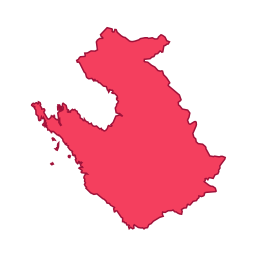 map outline of Liaoning (orthographic projection), rotated 83°
{"feature_id": "CHN-1813", "entity_name": "Liaoning", "entity_type": "Province", "adm_level": 1, "iso_a3": "CHN", "parent_name": "China", "parent_adm1": "", "projection": "orthographic", "projection_center": [122.279, 41.097], "detail": "fine", "context": "isolated", "style": "filled", "palette": "rose", "viewbox_px": 256, "rotation_deg": 83, "n_neighbors": 0, "source": "natural_earth", "source_scale": "10m", "svg_char_len": 5905}
<svg xmlns="http://www.w3.org/2000/svg" viewBox="0 0 256 256"><g transform="rotate(83 128 128)"><path d="M228.6,135.6L226.9,137.5L228.1,139.1L226.0,139.5L224.8,138.6L224.5,138.9L224.1,141.0L221.9,141.6L221.5,143.1L220.5,143.4L220.3,144.8L216.8,144.3L215.7,145.6L209.0,149.0L208.7,150.0L209.7,151.4L209.5,151.8L206.4,152.1L205.2,151.1L202.5,154.7L200.7,155.6L199.9,158.0L197.8,158.7L195.8,160.4L195.1,161.6L189.6,166.9L189.7,170.0L187.8,173.0L182.6,177.1L181.7,176.4L180.7,177.3L178.6,178.1L177.3,176.9L175.7,177.6L173.3,177.1L172.2,177.9L170.6,177.4L168.3,175.6L168.7,174.0L167.9,174.6L166.8,179.3L166.0,179.9L165.3,179.0L164.5,178.8L161.9,181.6L161.3,180.9L161.6,177.8L161.0,178.0L161.2,178.4L160.7,179.2L158.5,179.7L157.2,178.4L156.8,178.8L156.6,178.1L156.1,178.7L157.0,180.6L155.4,180.6L155.2,181.0L157.2,182.4L155.8,183.5L152.9,184.1L152.3,183.2L150.8,183.8L149.3,183.6L148.4,184.1L149.0,184.8L148.0,186.3L147.4,185.9L145.2,186.5L144.5,186.0L142.5,188.3L139.7,189.9L138.5,189.4L136.7,192.0L135.9,191.2L135.7,192.4L133.1,194.0L130.9,194.2L127.7,196.5L127.0,197.8L126.5,197.6L126.2,199.1L122.4,202.4L122.1,204.0L123.9,204.5L122.8,204.7L120.4,206.4L120.2,207.9L118.5,207.8L117.2,208.8L116.0,208.3L115.5,208.6L116.3,209.0L116.6,209.9L113.6,208.8L114.0,209.6L115.7,211.0L115.0,212.1L114.3,212.3L113.2,211.3L112.0,209.3L110.5,209.0L110.4,209.4L111.0,210.1L109.2,209.8L107.8,210.4L108.4,210.5L108.3,211.6L106.3,212.5L109.6,213.7L109.9,215.1L109.6,215.5L109.0,215.2L108.4,215.7L105.3,215.7L103.2,217.6L98.9,217.3L97.2,218.4L95.6,217.9L95.0,218.8L95.9,218.8L93.8,220.9L93.0,220.7L91.9,219.1L92.6,218.2L91.8,216.2L91.9,215.5L93.1,214.5L93.0,214.0L91.1,213.7L92.1,212.2L93.9,211.8L95.2,212.4L97.4,211.3L98.7,211.3L98.7,209.0L99.9,208.4L100.8,208.6L101.5,209.5L102.7,209.5L109.0,206.7L109.5,205.6L109.2,204.8L108.1,203.3L106.6,202.6L107.0,202.3L106.9,201.5L107.8,200.9L106.5,199.8L107.2,199.4L108.2,199.8L109.3,199.4L111.0,198.0L110.8,197.3L112.3,195.7L114.0,196.0L117.2,194.6L116.9,193.9L114.4,195.1L110.1,194.7L110.4,195.7L104.6,195.9L103.6,194.9L102.7,191.6L101.9,190.2L99.5,189.7L98.0,190.5L95.9,189.9L95.5,189.4L98.1,186.7L102.4,186.1L103.0,185.4L102.8,184.9L103.9,184.6L104.7,186.0L104.9,185.8L105.1,185.2L104.7,184.6L105.4,183.6L105.1,183.1L104.1,183.0L102.7,180.9L103.5,180.3L103.1,178.5L104.3,177.9L105.1,176.5L107.5,176.1L108.1,175.1L109.6,174.1L112.2,174.2L113.3,172.5L115.2,171.5L115.3,170.5L113.8,170.2L115.4,169.5L116.9,168.1L117.0,167.2L118.9,166.3L119.2,165.0L118.8,163.8L120.2,163.5L121.8,162.3L122.3,160.9L122.2,159.0L125.4,156.3L125.1,154.5L126.5,154.3L126.6,153.4L127.6,152.7L128.1,151.5L127.3,149.9L125.8,148.5L123.6,147.5L123.2,146.8L124.1,145.6L124.2,144.3L123.8,143.7L122.7,144.6L120.6,142.0L114.7,138.6L114.0,134.1L115.0,133.3L115.4,132.4L115.2,132.2L112.6,134.6L112.6,135.6L111.4,137.9L106.6,138.2L104.7,136.7L102.9,136.4L102.3,135.3L100.3,134.3L98.4,135.8L97.7,135.7L97.2,135.0L96.8,135.5L96.2,134.7L94.8,134.9L91.9,137.2L91.9,138.5L91.5,138.9L91.5,139.5L91.0,139.7L90.4,138.6L89.0,138.5L88.4,139.3L88.6,140.2L87.6,141.3L87.7,141.9L89.3,142.1L90.1,142.8L88.4,143.1L87.7,143.8L84.3,144.4L83.4,147.3L79.8,150.3L79.2,151.8L77.6,152.5L77.3,154.2L75.8,154.9L75.8,155.9L77.0,155.6L77.1,156.3L74.4,157.8L74.4,160.9L73.4,162.2L72.3,163.0L68.5,163.5L67.1,164.7L57.7,168.0L56.6,168.8L56.5,170.3L54.6,170.7L53.9,168.9L52.2,167.6L51.5,166.5L51.7,162.0L50.6,161.6L48.4,161.8L48.6,159.2L47.0,155.3L47.7,151.3L46.7,148.8L38.7,148.9L37.1,147.7L35.7,145.3L35.9,142.2L35.1,142.1L33.7,143.5L32.0,143.9L25.9,136.5L27.7,131.8L28.4,131.6L30.0,132.0L30.9,131.2L30.9,130.2L28.6,129.0L28.9,127.8L31.7,127.0L35.7,123.5L37.3,121.4L37.8,119.8L41.8,116.0L42.5,114.6L42.8,112.7L42.6,110.3L41.8,106.4L40.8,104.8L40.5,100.2L40.8,97.8L41.6,96.7L41.4,92.9L42.9,90.6L43.1,88.4L42.9,87.6L41.5,86.7L39.5,83.9L40.3,82.4L42.3,80.2L46.1,78.9L47.5,76.3L49.5,77.8L49.6,79.4L50.5,80.6L50.9,82.4L56.7,84.2L56.9,85.2L55.6,86.3L55.5,86.9L57.8,89.5L58.0,92.0L60.2,93.5L60.6,95.7L61.9,97.6L61.8,103.4L63.7,103.8L64.3,103.3L65.1,100.4L68.6,97.0L70.8,93.9L74.5,91.4L75.5,89.1L75.4,87.6L75.7,86.8L79.5,86.2L82.7,83.7L87.9,81.1L88.4,81.1L89.5,82.5L90.8,82.9L101.5,73.0L106.4,71.9L107.2,72.5L108.6,75.0L111.4,75.0L112.4,73.9L115.8,71.8L117.5,66.6L120.7,64.8L124.8,66.2L127.5,68.0L130.8,67.2L131.6,66.6L131.8,65.7L129.8,61.3L129.9,60.1L130.6,59.6L133.0,59.7L134.5,60.3L141.3,64.3L145.0,63.8L147.1,62.1L150.0,62.0L152.1,60.2L153.2,55.9L155.5,53.8L156.6,53.1L158.1,53.2L165.7,50.2L166.8,46.6L166.5,45.4L167.8,40.9L167.4,39.2L167.7,37.6L169.1,35.1L170.7,35.7L176.8,41.5L179.0,41.6L180.9,43.2L182.4,43.2L184.4,44.4L185.1,47.4L188.4,49.6L187.2,53.1L187.7,54.2L189.1,55.1L187.6,56.5L187.7,57.6L189.5,57.8L190.5,58.9L194.7,54.6L195.8,53.0L196.3,50.9L198.3,48.7L201.4,48.2L201.8,48.8L201.4,58.5L202.0,60.1L203.7,60.4L204.5,61.2L205.0,63.4L204.1,65.9L205.8,66.1L206.8,67.7L208.4,68.9L208.7,72.3L211.9,75.7L211.8,76.8L211.1,77.5L211.1,78.3L214.3,79.8L214.3,82.3L215.4,84.8L217.5,84.4L220.1,85.3L219.6,87.2L218.3,89.3L217.3,90.2L216.8,91.9L214.9,93.3L215.3,94.7L215.0,98.3L216.3,101.3L215.7,103.9L217.7,104.4L219.9,103.8L220.5,107.4L223.6,114.2L225.8,116.8L226.4,119.0L229.3,120.8L229.3,123.2L230.1,124.4L228.8,125.6L228.8,127.2L228.0,129.9L224.8,133.6L225.5,134.2L228.1,134.3L228.6,135.6ZM101.5,191.6L102.4,192.5L101.3,192.9L101.9,193.9L101.5,195.5L98.9,195.3L100.2,193.5L99.8,192.7L99.0,192.9L97.7,194.8L96.6,194.8L96.8,193.1L98.2,192.6L99.1,191.3L101.5,191.6ZM139.7,200.0L136.7,200.1L135.1,199.6L134.2,198.6L138.4,199.3L139.7,200.0ZM128.7,203.8L129.7,202.6L131.1,201.9L130.7,202.9L131.1,204.0L129.0,204.5L128.7,203.8ZM148.1,190.0L148.2,189.0L148.8,188.7L150.3,189.4L150.0,190.3L149.3,190.7L148.5,190.6L148.1,190.0ZM154.7,206.5L155.2,208.1L154.2,209.0L153.7,208.4L154.3,207.5L153.6,207.0L154.7,206.5ZM138.2,201.1L140.7,200.8L141.4,201.0L140.9,202.0L139.9,202.7L140.1,201.6L138.2,201.1Z" fill="#f43f5e" stroke="#9f1239" stroke-width="1.5"/></g></svg>